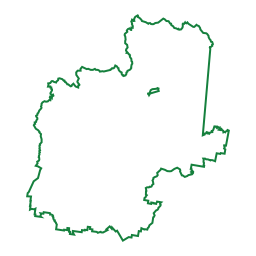 Baw Baw, Victoria, Australia (Albers equal-area conic projection)
{"feature_id": "25037944B5488167520198", "entity_name": "Baw Baw", "entity_type": "district", "adm_level": 2, "iso_a3": "AUS", "parent_name": "Australia", "parent_adm1": "Victoria", "projection": "albers", "projection_center": [146.104, -37.97], "detail": "fine", "context": "isolated", "style": "outline", "palette": "green", "viewbox_px": 256, "rotation_deg": 0, "n_neighbors": 0, "source": "geoboundaries", "source_scale": "gbopen_adm2", "svg_char_len": 5730}
<svg xmlns="http://www.w3.org/2000/svg" viewBox="0 0 256 256"><path d="M41.5,107.5L41.3,108.3L39.3,110.5L38.3,112.9L37.5,113.5L37.4,114.9L36.1,115.8L36.2,116.5L37.3,117.9L37.4,119.0L36.3,120.5L36.1,121.9L34.7,122.4L35.1,123.9L34.4,124.2L33.8,125.2L35.8,128.7L38.1,130.2L39.5,131.8L39.3,132.4L41.0,134.1L40.7,136.2L41.6,139.2L41.6,142.3L39.8,144.2L40.1,145.0L39.4,145.9L39.8,147.9L39.4,148.3L40.0,150.2L39.5,150.3L39.3,151.2L39.9,152.4L39.2,153.2L39.5,154.5L38.9,155.8L39.0,156.9L38.7,157.2L39.2,157.9L39.3,159.7L38.9,160.6L37.2,161.7L37.6,163.3L35.8,165.8L38.0,166.4L41.2,168.3L40.1,170.2L38.0,178.1L33.7,181.3L28.8,192.0L27.7,193.1L27.2,196.3L31.0,196.5L30.4,200.8L30.8,200.8L30.0,205.9L30.5,205.8L30.0,209.6L31.5,208.9L34.2,209.3L35.4,208.7L34.6,214.4L35.4,214.5L35.2,216.1L41.0,216.9L40.5,216.5L40.5,215.5L41.2,214.3L40.6,213.3L43.4,213.7L43.7,212.2L49.9,213.1L50.2,214.6L51.0,214.4L52.6,215.1L53.1,216.0L52.6,216.4L53.5,217.9L53.3,218.3L53.6,219.3L54.4,220.5L54.8,220.5L54.6,221.3L55.9,222.5L56.1,223.5L56.8,224.4L56.1,229.3L64.0,230.5L64.1,229.7L67.2,230.1L67.4,228.0L69.1,228.2L69.0,231.7L70.2,231.8L69.9,234.0L74.0,234.6L72.8,232.5L73.1,232.2L73.0,231.0L81.7,232.2L82.0,230.1L84.7,230.5L84.8,229.8L87.3,230.1L87.8,226.8L90.2,227.1L89.9,229.0L92.4,229.4L92.1,231.3L96.8,231.9L97.8,232.8L100.7,231.8L101.2,232.4L103.0,232.5L107.5,230.1L106.4,229.3L109.7,226.4L111.7,228.7L112.0,227.4L115.7,231.5L117.1,230.7L122.9,240.6L128.7,237.1L131.5,237.5L131.9,235.0L138.0,236.0L138.8,231.1L140.9,231.4L141.4,228.2L144.3,229.5L144.7,229.2L147.3,229.6L147.8,228.0L148.6,227.4L149.5,225.2L152.4,222.9L153.2,217.3L153.9,216.9L154.6,215.4L153.7,213.2L156.1,210.4L157.5,209.8L158.3,208.7L158.4,207.8L160.3,205.9L160.7,204.9L160.0,203.9L160.1,203.3L161.2,202.3L157.1,201.6L156.9,202.4L155.8,203.4L155.9,203.8L153.5,203.4L153.6,202.9L151.3,202.5L151.1,203.9L147.9,203.3L148.3,200.7L144.2,200.0L144.5,198.0L145.6,197.2L145.8,196.4L146.8,195.2L145.9,194.6L146.0,191.1L146.4,190.9L145.8,188.0L147.1,187.3L148.9,187.4L149.6,186.7L150.6,186.9L151.5,186.5L152.3,184.8L153.4,184.0L152.9,181.2L152.5,180.5L153.4,178.9L153.3,178.1L154.4,177.2L156.8,176.3L157.7,175.1L157.2,172.9L160.5,169.9L161.1,168.6L164.9,169.8L167.3,171.1L169.8,171.3L171.3,171.1L174.4,168.9L177.2,167.7L180.0,169.4L180.3,170.5L180.0,171.3L181.8,175.3L182.5,175.3L184.8,176.9L187.3,176.0L188.4,175.1L192.0,174.3L193.0,173.1L193.2,171.8L192.4,170.9L191.8,171.4L192.5,171.5L192.8,172.5L191.6,172.7L191.7,172.2L191.2,171.9L191.6,171.2L191.5,168.8L191.3,168.2L190.9,168.4L191.6,164.7L204.0,166.8L204.2,165.6L203.6,165.3L204.0,162.9L203.5,162.0L203.7,159.5L203.3,158.6L205.1,158.6L206.1,159.3L208.0,159.4L210.2,160.3L210.3,160.0L212.5,160.2L215.1,161.2L216.7,153.3L220.3,153.9L220.7,153.1L224.6,153.7L225.3,149.4L224.1,148.5L224.7,147.1L224.1,145.8L224.2,145.3L226.0,145.6L228.8,130.6L227.5,130.0L226.9,131.0L225.2,131.8L225.1,132.2L224.3,131.8L223.4,132.3L223.1,130.7L221.9,129.8L221.3,128.7L220.6,128.6L221.0,129.6L220.8,130.1L219.1,129.8L219.5,129.4L219.2,129.0L219.6,127.5L218.8,127.6L217.7,126.8L217.0,128.1L216.4,127.5L216.6,127.0L216.2,126.5L214.4,126.4L213.3,129.8L212.6,130.8L211.9,130.9L212.2,132.1L211.0,132.2L209.8,132.8L209.4,133.5L208.9,133.0L208.3,133.6L207.3,133.4L207.3,132.3L206.8,132.2L206.8,132.8L204.9,133.5L204.7,134.5L202.8,135.3L210.3,48.8L209.8,47.6L210.0,47.0L210.8,47.0L212.3,45.8L212.0,44.9L212.9,44.1L212.2,42.0L211.0,41.7L210.5,40.0L209.8,39.4L208.7,37.4L208.5,35.8L207.2,34.0L206.3,33.3L203.2,32.9L200.4,29.5L200.1,28.0L198.8,26.0L197.3,25.5L196.5,24.8L194.3,26.9L193.3,26.9L188.4,23.7L187.4,22.4L186.5,23.3L185.4,22.9L185.1,22.4L184.2,23.8L183.0,23.6L182.7,24.0L182.8,26.0L182.5,27.6L181.1,29.4L179.1,29.7L178.5,28.8L177.7,29.2L176.3,28.4L174.3,28.0L173.2,26.3L171.3,25.1L171.1,23.7L170.1,23.5L168.6,21.2L166.4,21.0L164.7,19.3L163.3,18.6L158.2,22.6L155.3,23.0L153.6,24.1L152.2,24.2L151.0,24.0L150.1,23.1L148.2,23.3L148.1,23.6L145.8,22.2L141.9,21.0L141.4,19.8L139.4,17.8L138.0,17.1L138.0,15.8L137.7,15.4L135.3,16.8L134.6,17.9L134.2,19.3L133.8,19.4L134.3,20.9L133.5,21.0L132.0,19.9L131.8,21.0L131.3,21.4L132.1,23.5L131.9,24.1L132.8,26.1L132.7,27.8L131.4,27.6L131.2,29.9L130.6,29.8L129.5,28.4L127.9,29.1L126.8,30.5L127.3,31.8L124.9,33.8L124.6,35.0L125.3,36.6L125.6,39.7L125.2,40.9L125.2,43.3L127.1,44.8L127.6,47.5L126.2,49.3L126.0,50.6L126.9,51.8L126.6,52.9L127.8,52.8L128.7,54.2L129.4,54.4L130.0,55.2L129.7,55.8L130.1,57.2L131.3,58.8L131.5,61.2L132.1,61.7L132.3,63.7L131.6,64.7L131.1,67.5L131.3,67.9L130.8,68.8L129.8,69.8L127.5,70.8L127.4,71.7L126.4,72.5L126.4,73.9L125.5,75.4L124.3,75.8L123.8,75.4L123.5,75.9L122.7,75.5L121.6,73.8L121.7,72.5L119.8,71.4L118.6,69.7L118.5,68.2L117.8,67.9L116.9,66.4L115.3,65.5L114.3,67.7L113.5,68.3L112.1,68.2L111.7,68.9L110.6,69.4L110.5,69.9L103.8,71.5L102.6,71.2L99.9,71.6L99.4,70.7L97.9,69.9L95.8,69.8L94.9,68.9L92.8,69.9L90.8,69.9L88.2,68.8L86.7,69.1L82.1,66.9L80.5,68.9L80.6,70.7L77.6,70.7L76.2,72.4L76.3,74.9L78.8,78.5L77.4,81.4L77.5,82.2L79.4,84.7L79.3,85.1L78.3,85.5L78.2,87.5L75.6,86.5L73.4,83.7L71.9,85.1L71.5,86.1L70.6,86.3L68.1,84.3L67.3,84.3L65.9,82.3L65.1,82.1L64.6,80.9L64.4,81.1L63.7,80.7L62.4,79.2L59.6,78.3L58.3,78.6L58.1,80.2L56.5,81.5L56.1,82.5L53.9,81.9L52.8,81.1L51.6,81.2L50.3,83.0L48.2,83.4L48.5,84.7L48.0,86.6L50.3,86.5L50.4,87.5L51.3,87.5L51.4,89.2L52.0,89.4L52.0,90.4L50.4,93.2L50.5,93.9L52.0,95.1L53.0,94.6L53.4,95.7L52.0,96.6L51.9,97.6L51.3,96.8L50.2,96.5L49.8,97.3L50.6,99.4L50.4,100.2L49.7,99.9L49.0,100.2L47.8,101.4L46.0,101.7L44.5,101.2L42.5,102.4L41.5,103.9L41.6,105.1L41.0,106.5L41.5,107.5ZM148.0,92.7L148.9,94.8L150.7,90.2L152.3,89.2L157.0,88.7L157.4,88.1L158.5,88.5L158.3,89.7L158.7,91.0L150.1,93.5L149.1,95.1L148.1,94.0L148.0,92.7Z" fill="none" stroke="#15803d" stroke-width="2"/></svg>